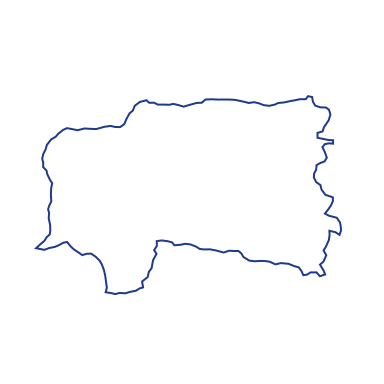 the district of Palmeira d'Oeste, São Paulo, Brazil, rotated 279°
{"feature_id": "56859067B94234705646326", "entity_name": "Palmeira d'Oeste", "entity_type": "district", "adm_level": 2, "iso_a3": "BRA", "parent_name": "Brazil", "parent_adm1": "São Paulo", "projection": "natural_earth1", "projection_center": [-50.754, -20.439], "detail": "fine", "context": "isolated", "style": "outline", "palette": "blue", "viewbox_px": 384, "rotation_deg": 279, "n_neighbors": 0, "source": "geoboundaries", "source_scale": "gbopen_adm2", "svg_char_len": 2577}
<svg xmlns="http://www.w3.org/2000/svg" viewBox="0 0 384 384"><g transform="rotate(279 192 192)"><path d="M95.8,156.7L101.0,161.5L106.5,161.9L110.4,164.0L114.2,164.1L118.5,164.2L125.4,166.6L128.7,163.7L133.2,165.7L138.0,164.9L139.4,169.6L139.6,175.5L139.1,180.2L136.6,182.9L138.0,188.6L139.8,193.5L140.0,198.7L138.7,204.6L137.0,208.4L137.1,212.4L138.2,218.9L138.0,224.8L137.2,232.8L139.8,237.8L140.3,242.8L141.0,247.1L139.0,250.4L135.9,252.9L133.2,259.2L133.4,264.9L134.5,269.7L135.2,274.5L135.3,279.6L133.6,285.7L135.7,291.0L136.2,298.5L134.8,304.6L134.3,309.2L130.9,312.6L127.2,315.0L128.5,318.7L131.1,321.6L132.1,327.5L128.8,331.5L131.4,336.4L135.2,334.1L140.3,329.8L143.9,332.8L150.6,334.5L154.8,331.1L158.9,332.8L166.0,334.7L171.1,334.6L175.2,333.8L174.7,340.1L172.7,344.4L177.3,345.2L180.9,344.4L184.8,343.1L189.2,339.1L190.0,330.9L191.5,326.7L196.0,329.2L200.5,331.4L205.3,332.6L208.8,331.9L210.1,324.2L214.6,319.6L219.0,317.7L221.2,313.1L225.4,310.1L229.4,309.7L233.2,311.1L238.1,310.9L240.8,314.3L242.9,318.1L246.9,319.8L251.8,317.2L256.7,313.8L260.1,315.8L261.5,319.7L261.8,323.7L265.2,323.2L264.7,318.7L264.9,314.5L265.2,307.5L270.0,306.7L272.3,311.5L276.7,312.2L280.6,314.1L284.3,315.8L290.0,316.6L294.6,314.5L296.4,311.1L295.7,305.5L296.6,300.2L300.1,297.3L304.6,295.8L304.8,291.6L301.5,289.9L300.5,283.9L298.8,279.6L297.3,275.2L294.8,268.7L293.4,263.2L291.2,260.0L289.2,254.8L289.0,249.4L290.1,244.1L290.4,239.2L288.8,234.1L289.2,230.1L289.5,225.2L289.7,220.2L289.3,215.5L288.4,209.6L287.4,203.5L286.7,197.2L285.5,190.9L281.7,187.7L280.8,183.0L278.9,178.7L276.6,173.7L275.0,170.4L275.7,165.3L276.1,159.8L274.6,155.9L273.9,150.4L273.0,144.5L274.3,140.5L273.4,135.9L275.5,132.6L272.8,126.4L268.2,122.0L263.1,120.8L259.9,118.0L253.8,115.8L248.5,114.5L244.9,110.9L244.2,106.0L244.5,101.2L242.7,95.3L239.2,87.6L238.5,81.9L237.9,75.8L235.1,69.3L235.4,63.4L235.5,58.5L233.2,55.0L228.9,51.0L225.2,48.7L222.0,44.7L215.8,41.3L211.0,40.7L206.5,39.2L201.4,38.8L198.1,40.4L193.3,41.1L190.5,44.9L186.9,46.3L181.8,49.8L178.9,52.5L173.7,52.3L167.0,53.1L160.8,54.5L156.2,53.1L152.3,52.6L149.2,54.1L143.5,54.6L137.6,56.9L131.8,58.1L127.8,58.1L124.7,55.6L120.6,53.8L116.7,50.4L112.1,46.8L111.9,51.4L111.8,55.3L114.2,59.4L116.4,65.3L119.0,69.3L121.8,72.9L123.1,76.5L119.2,80.8L116.9,84.2L114.6,89.2L112.5,93.5L114.6,97.8L115.3,102.1L112.8,107.3L109.7,111.5L106.8,114.0L101.2,117.2L96.0,119.3L91.0,120.8L84.1,122.9L79.5,122.4L79.5,127.7L79.2,132.3L81.0,136.3L81.5,142.0L83.8,146.8L85.7,152.1L88.5,155.2L90.1,158.6L95.8,156.7Z" fill="none" stroke="#1e3a8a" stroke-width="2"/></g></svg>